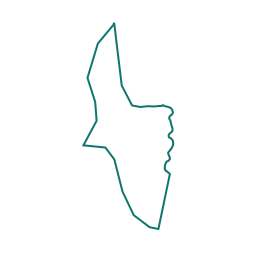 Patience, Praslin, Saint Lucia, rotated 78°
{"feature_id": "8701671B25474950387418", "entity_name": "Patience", "entity_type": "district", "adm_level": 2, "iso_a3": "LCA", "parent_name": "Saint Lucia", "parent_adm1": "Praslin", "projection": "robinson", "projection_center": [-60.908, 13.85], "detail": "fine", "context": "isolated", "style": "outline", "palette": "teal", "viewbox_px": 256, "rotation_deg": 78, "n_neighbors": 0, "source": "geoboundaries", "source_scale": "gbopen_adm2", "svg_char_len": 4310}
<svg xmlns="http://www.w3.org/2000/svg" viewBox="0 0 256 256"><g transform="rotate(78 128 128)"><path d="M112.9,89.2L113.1,89.7L113.3,90.1L113.4,90.8L112.9,93.1L112.6,95.9L112.5,97.3L110.7,104.7L110.2,110.0L110.0,111.6L106.8,119.3L85.2,125.3L35.8,120.9L23.1,119.7L22.9,120.2L23.9,120.6L39.1,139.9L70.5,157.2L95.8,154.7L114.4,157.2L135.7,175.2L142.4,154.2L155.9,147.9L189.0,146.6L214.5,140.5L229.5,127.5L233.1,119.3L233.0,119.2L181.7,96.6L181.3,96.7L181.2,96.8L181.0,97.0L180.8,97.1L180.7,97.2L180.5,97.3L180.4,97.4L180.2,97.6L180.0,97.8L179.8,98.0L179.7,98.1L179.4,98.4L179.2,98.5L178.9,98.7L178.8,98.8L178.6,98.9L178.5,99.0L178.3,99.2L178.2,99.3L177.9,99.5L177.7,99.7L177.6,99.8L177.5,100.0L177.3,100.1L177.2,100.2L177.0,100.3L176.8,100.3L176.7,100.4L176.3,100.4L176.1,100.5L175.9,100.5L175.7,100.4L175.2,100.4L174.9,100.4L174.7,100.3L174.3,100.2L174.1,100.2L173.9,100.1L173.7,100.1L173.4,100.0L173.2,99.9L172.9,99.8L172.7,99.7L172.4,99.6L172.2,99.5L171.9,99.4L171.7,99.3L171.5,99.2L171.4,99.1L171.2,99.0L170.9,98.9L170.6,98.6L170.3,98.4L170.2,98.3L170.0,98.2L169.9,98.1L169.7,98.0L169.6,97.9L169.4,97.8L169.3,97.6L169.1,97.5L169.0,97.3L169.0,97.2L168.9,97.0L168.8,96.8L168.8,96.6L168.8,96.4L168.7,96.2L168.6,95.8L168.6,95.6L168.5,95.4L168.4,95.2L168.2,94.8L168.1,94.6L167.8,94.3L167.7,94.2L167.4,93.9L167.2,93.6L166.9,93.4L166.7,93.3L166.4,93.3L166.2,93.3L165.7,93.3L165.3,93.3L165.2,93.3L164.8,93.4L164.6,93.4L164.5,93.5L164.3,93.5L164.1,93.5L163.9,93.5L163.7,93.6L163.4,93.6L163.2,93.7L162.8,93.8L162.6,93.8L162.3,93.9L162.2,93.9L161.7,93.9L161.4,94.0L161.1,94.0L160.9,94.0L160.8,93.9L160.6,93.8L160.4,93.7L160.1,93.5L160.0,93.3L159.8,93.2L159.7,93.0L159.6,92.9L159.5,92.7L159.4,92.6L159.3,92.4L159.1,92.2L158.9,91.9L158.7,91.7L158.5,91.4L158.4,91.2L158.2,91.1L158.1,90.9L157.8,90.6L157.7,90.4L157.4,90.1L157.2,90.0L157.1,89.9L156.9,89.7L156.7,89.6L156.6,89.4L156.4,89.3L156.2,89.1L155.9,88.9L155.7,88.7L155.4,88.4L155.2,88.3L155.1,88.2L154.9,88.1L154.7,87.9L154.4,87.7L154.2,87.6L153.9,87.4L153.7,87.4L153.4,87.2L153.2,87.2L152.8,87.1L152.7,87.0L152.3,87.0L152.1,87.0L151.9,86.9L151.6,86.9L151.4,86.9L151.2,86.9L150.9,86.8L150.7,86.8L150.3,86.8L150.1,86.8L149.8,86.9L149.6,86.9L149.4,87.0L149.2,87.0L148.9,87.1L148.7,87.3L148.3,87.4L148.1,87.5L147.9,87.6L147.6,87.8L147.4,87.9L147.3,88.0L147.1,88.1L146.9,88.2L146.8,88.4L146.7,88.5L146.4,88.8L146.3,89.0L146.1,89.3L145.9,89.6L145.6,89.8L145.3,89.9L145.1,89.9L144.9,89.9L144.7,89.9L144.4,89.9L144.2,89.9L143.9,89.8L143.7,89.7L143.4,89.6L143.2,89.5L142.9,89.4L142.7,89.1L142.4,88.8L142.3,88.7L142.2,88.5L142.1,88.4L142.0,88.2L141.9,88.1L141.8,87.9L141.7,87.7L141.6,87.4L141.5,87.2L141.4,87.0L141.3,86.9L141.2,86.7L141.1,86.3L140.9,86.2L140.7,85.9L140.6,85.7L140.4,85.6L140.1,85.3L140.0,85.2L139.8,85.1L139.7,85.0L139.3,84.9L139.2,84.9L138.8,84.8L138.7,84.8L138.3,84.8L138.1,84.8L137.9,84.7L137.6,84.6L137.4,84.6L137.1,84.6L136.9,84.6L136.7,84.6L136.4,84.7L136.2,84.7L135.8,84.8L135.6,84.8L135.4,84.8L135.1,84.9L134.9,84.9L134.7,84.9L134.3,84.9L134.1,84.9L133.9,84.9L133.7,84.9L133.4,84.9L133.2,85.0L132.8,85.0L132.7,85.0L132.2,85.0L131.9,84.9L131.7,84.9L131.3,84.9L131.2,84.9L131.0,85.0L130.8,85.0L130.6,85.0L130.3,85.0L130.1,85.0L129.9,85.0L129.7,85.0L129.4,85.1L129.2,85.1L128.8,85.3L128.6,85.3L128.3,85.4L128.1,85.5L127.9,85.6L127.6,85.7L127.4,85.7L127.2,85.7L126.9,85.6L126.7,85.6L126.4,85.5L126.2,85.4L125.9,85.3L125.8,85.1L125.6,85.0L125.5,84.9L125.4,84.8L125.2,84.6L124.9,84.3L124.8,84.2L124.7,84.0L124.6,83.9L124.6,83.7L124.4,83.3L124.3,83.2L124.2,82.8L124.1,82.6L124.1,82.4L123.9,82.1L123.7,82.0L123.6,81.8L123.5,81.7L123.4,81.6L123.2,81.5L123.1,81.4L122.9,81.3L122.8,81.2L122.6,81.1L122.4,81.0L122.3,80.9L122.1,80.9L121.8,80.8L121.6,80.8L121.3,80.8L121.1,80.9L120.9,80.9L120.7,80.9L120.4,81.0L120.2,81.0L119.9,81.0L119.7,81.0L119.3,81.1L119.2,81.1L118.8,81.2L118.7,81.3L118.4,81.4L118.2,81.5L117.9,81.7L117.8,81.8L117.6,81.9L117.4,82.0L117.1,82.3L117.0,82.5L116.9,82.6L116.7,82.8L116.5,83.1L116.4,83.3L116.2,83.5L116.0,83.9L115.9,84.0L115.7,84.4L115.6,84.6L115.5,84.8L115.4,85.0L115.3,85.3L115.2,85.5L115.0,85.9L114.9,86.1L114.8,86.3L114.7,86.5L114.6,86.8L114.5,87.0L114.4,87.2L114.3,87.3L114.2,87.5L114.0,87.8L113.9,88.0L113.6,88.3L113.5,88.5L113.4,88.6L113.2,88.8L113.0,89.1L112.9,89.2Z" fill="none" stroke="#0f766e" stroke-width="2"/></g></svg>